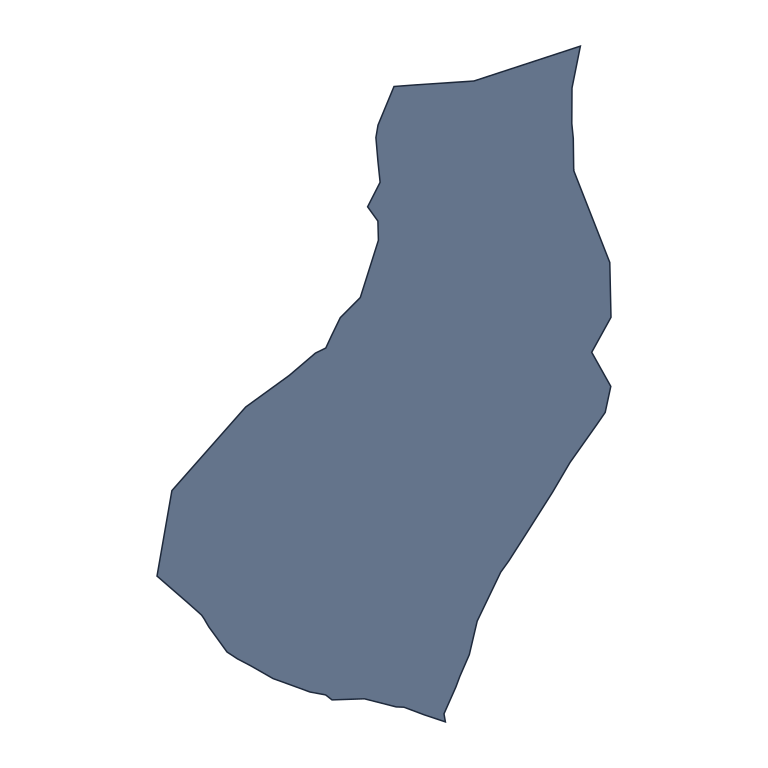 outline of Ongon, Sühbaatar, Mongolia
{"feature_id": "93677404B32966935897254", "entity_name": "Ongon", "entity_type": "district", "adm_level": 2, "iso_a3": "MNG", "parent_name": "Mongolia", "parent_adm1": "Sühbaatar", "projection": "natural_earth1", "projection_center": [112.987, 45.441], "detail": "fine", "context": "isolated", "style": "filled", "palette": "slate", "viewbox_px": 768, "rotation_deg": 0, "n_neighbors": 0, "source": "geoboundaries", "source_scale": "gbopen_adm2", "svg_char_len": 954}
<svg xmlns="http://www.w3.org/2000/svg" viewBox="0 0 768 768"><path d="M580.4,46.1L473.9,81.0L416.8,84.8L394.0,86.5L378.0,125.1L375.9,137.6L377.9,161.0L380.1,182.3L367.6,206.8L377.9,221.1L378.4,240.3L360.3,297.5L340.3,317.6L331.5,335.7L325.8,348.0L315.4,353.1L289.4,375.3L245.7,407.0L171.9,490.6L157.0,576.1L157.3,576.3L157.5,576.5L158.2,577.1L172.1,589.2L188.7,603.6L201.6,615.1L204.9,620.0L205.0,620.4L208.9,627.0L216.4,637.3L227.0,652.0L237.5,658.9L250.7,665.8L273.1,678.6L291.4,685.2L309.9,692.0L325.6,694.9L332.0,699.9L364.4,698.8L396.1,706.9L403.9,707.2L424.4,714.9L440.0,720.1L445.4,721.9L444.0,713.8L455.9,687.0L459.8,676.5L469.3,654.7L477.2,621.1L500.7,572.2L508.9,560.8L528.5,530.1L552.5,492.3L570.0,462.5L597.0,424.3L605.2,412.4L610.8,386.4L591.7,352.3L611.0,317.3L609.8,262.5L573.7,170.5L573.9,170.1L573.9,169.9L573.9,169.6L573.7,169.1L573.3,138.5L571.8,123.5L572.0,88.0L580.4,46.1Z" fill="#64748b" stroke="#1e293b" stroke-width="1.5"/></svg>